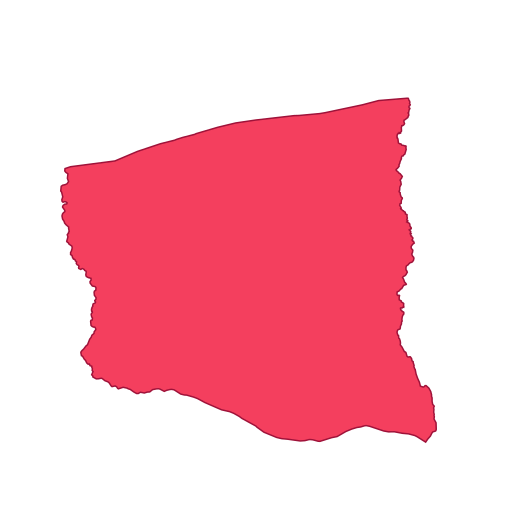 Zumbu, Tete, Mozambique, rotated 8°
{"feature_id": "85939544B34189520387166", "entity_name": "Zumbu", "entity_type": "district", "adm_level": 2, "iso_a3": "MOZ", "parent_name": "Mozambique", "parent_adm1": "Tete", "projection": "robinson", "projection_center": [31.028, -15.185], "detail": "fine", "context": "isolated", "style": "filled", "palette": "rose", "viewbox_px": 512, "rotation_deg": 8, "n_neighbors": 0, "source": "geoboundaries", "source_scale": "gbopen_adm2", "svg_char_len": 6057}
<svg xmlns="http://www.w3.org/2000/svg" viewBox="0 0 512 512"><g transform="rotate(8 256 256)"><path d="M449.9,416.7L451.6,413.3L453.8,410.0L454.7,407.2L455.4,405.7L458.2,404.3L458.5,403.5L458.6,402.5L457.5,396.1L455.2,393.0L454.9,392.1L455.0,390.4L454.5,389.3L454.5,388.0L453.7,386.0L453.5,382.9L453.0,381.8L453.4,379.9L451.6,378.3L450.6,375.4L450.1,371.9L449.3,370.4L449.2,369.1L447.9,365.9L445.6,362.8L442.5,360.7L441.5,360.8L440.5,362.2L439.8,362.5L436.9,362.0L435.4,358.3L433.1,354.7L430.9,350.5L429.4,346.1L428.8,345.6L427.7,343.4L427.8,342.4L426.5,339.7L426.3,338.7L425.1,338.1L424.3,335.8L422.9,334.4L422.5,334.3L420.7,334.9L419.5,334.3L417.9,330.7L417.4,330.3L416.3,330.1L413.2,325.8L411.2,323.9L411.2,322.1L410.7,320.2L409.7,318.1L408.8,317.5L408.2,314.8L407.4,314.6L406.3,312.0L406.3,310.9L406.6,309.6L407.2,309.0L408.7,308.3L408.9,307.4L408.8,305.4L409.5,303.1L409.3,301.1L409.8,300.1L409.3,298.5L409.3,295.9L409.7,294.0L410.3,293.4L410.4,291.8L409.9,290.9L408.5,290.6L407.8,289.5L406.8,289.2L406.3,287.6L406.6,287.2L407.9,287.2L408.4,286.3L409.4,286.3L409.4,285.4L408.9,284.0L409.0,282.8L408.5,282.2L406.3,281.2L406.1,280.3L403.9,279.4L403.5,276.6L403.7,275.3L403.2,274.9L401.8,275.3L401.2,274.8L400.9,274.1L400.8,271.9L402.5,270.8L403.9,268.6L404.8,268.1L406.3,264.5L408.7,263.3L408.8,263.0L408.0,262.1L406.8,261.2L405.4,258.5L404.1,256.9L404.8,255.8L406.2,254.8L407.1,253.6L408.1,251.0L407.3,249.6L406.5,248.9L406.1,246.7L406.3,244.9L408.1,243.3L408.4,242.5L409.7,241.1L411.0,240.6L411.8,239.9L412.6,238.2L412.7,236.2L412.2,235.2L411.3,234.6L410.2,232.9L410.0,232.1L410.5,230.7L410.5,228.4L408.8,226.9L408.3,225.4L408.7,224.1L409.6,222.5L410.9,221.2L409.9,219.4L409.0,219.4L408.3,218.4L408.9,217.1L408.8,216.2L407.7,215.3L407.3,214.6L406.7,214.6L406.5,213.6L406.1,213.4L405.6,212.5L406.4,212.1L405.7,211.4L405.8,210.1L404.2,208.9L404.8,208.6L405.3,207.5L405.9,207.4L405.8,206.5L404.3,204.9L403.8,202.9L402.9,202.1L400.6,201.3L401.5,200.1L401.3,199.7L400.2,199.2L400.6,197.4L400.1,196.2L399.8,194.0L398.1,193.5L397.8,192.2L397.3,191.6L396.3,191.4L395.7,190.7L394.8,190.6L393.8,189.6L392.8,189.3L392.6,188.9L393.1,188.5L392.9,187.8L391.2,185.8L391.4,184.1L392.4,183.7L392.2,180.5L392.9,178.8L392.7,178.0L391.6,177.4L391.0,176.3L390.2,174.6L389.9,173.1L389.0,172.7L388.7,171.9L389.1,170.9L388.8,167.7L389.8,164.8L388.9,161.9L388.1,160.8L389.3,158.7L389.8,156.8L387.2,154.4L386.0,154.1L385.7,153.5L383.1,151.8L382.7,151.1L382.7,150.8L383.9,149.5L385.2,147.3L384.9,145.5L385.4,144.5L385.6,142.3L386.5,139.4L386.2,139.0L386.4,137.4L386.7,136.7L387.8,136.4L388.2,135.3L389.2,134.4L389.9,129.6L389.4,128.0L389.4,126.7L389.0,126.1L387.9,126.3L387.1,126.0L384.8,125.9L383.9,124.8L382.7,124.9L381.3,124.2L380.3,120.5L379.8,119.6L379.2,119.4L379.3,118.6L378.9,117.8L379.1,115.8L379.6,115.3L379.8,114.7L380.6,114.8L380.7,114.1L381.1,114.4L382.0,114.2L381.9,113.6L382.7,112.0L382.0,108.3L382.3,107.4L382.2,106.7L383.5,106.2L384.2,105.4L384.7,104.3L383.7,102.3L383.8,101.8L383.7,100.9L384.6,100.3L387.1,97.7L387.3,96.2L387.7,95.7L387.5,94.0L386.7,93.2L387.2,92.6L387.3,89.9L387.9,88.7L387.7,88.2L387.0,87.9L386.7,87.2L386.8,86.1L387.4,85.7L387.7,84.7L386.8,83.6L387.0,82.6L386.6,81.3L385.8,80.5L384.9,78.7L383.8,78.7L355.8,85.0L340.3,91.5L304.4,104.5L299.3,106.1L278.9,110.9L274.2,111.7L236.8,121.4L217.3,127.1L200.1,133.9L179.6,143.2L178.5,144.0L166.9,148.8L161.2,151.5L159.4,152.6L145.8,158.1L124.1,168.9L103.1,181.5L59.9,193.4L54.7,196.0L54.8,198.4L56.0,199.6L58.3,200.8L58.4,205.3L60.0,208.4L58.8,210.8L57.3,211.8L54.7,212.8L53.4,214.1L53.6,218.8L54.6,219.8L56.4,224.3L55.9,227.3L56.3,228.8L57.4,229.6L59.2,228.7L60.8,229.1L61.6,229.7L61.3,230.8L59.4,231.3L58.1,232.6L57.6,233.7L57.7,234.6L60.2,237.3L60.5,238.2L60.5,238.7L59.3,239.9L58.5,241.4L58.3,243.3L59.3,246.3L61.3,248.6L61.8,249.9L63.4,251.4L66.5,253.4L66.5,254.4L67.6,257.8L67.0,258.6L67.2,259.7L66.6,260.2L66.1,261.2L67.1,263.2L66.5,267.8L67.1,268.5L68.4,269.1L69.1,270.2L72.2,271.8L72.8,273.2L72.8,274.7L72.4,277.2L71.9,278.2L72.2,280.4L73.7,281.1L74.7,283.4L75.5,283.9L75.7,284.5L76.7,284.5L77.5,285.1L77.7,285.9L79.1,286.7L79.1,288.5L80.2,289.6L81.5,290.0L82.1,290.8L81.9,292.2L82.2,293.0L84.4,293.7L85.6,292.6L86.6,292.8L87.8,293.3L88.3,294.1L89.8,294.7L90.1,295.4L90.1,298.4L90.8,299.9L93.1,300.8L94.3,300.7L95.0,301.2L95.7,301.1L96.1,302.7L95.2,304.4L95.5,305.9L98.1,308.5L100.9,308.7L101.6,309.2L102.0,309.9L102.1,312.2L100.9,313.2L100.7,314.4L101.4,317.4L103.4,319.5L103.5,321.2L102.5,322.5L102.6,323.0L103.4,323.7L103.5,324.3L103.3,324.8L101.4,326.1L101.2,327.6L101.4,328.3L100.7,330.0L100.8,330.8L100.5,331.4L100.8,333.2L101.0,333.6L101.5,333.6L101.8,334.6L101.0,336.0L100.9,337.0L101.8,339.2L102.7,340.2L102.7,342.1L101.5,342.7L101.3,343.7L102.3,347.7L103.4,348.5L104.8,349.0L106.3,348.9L107.2,349.9L107.6,351.2L106.3,353.5L106.3,355.3L104.5,357.3L104.1,359.4L102.9,361.5L101.5,367.3L100.1,368.8L98.3,372.1L96.9,373.8L96.1,375.2L96.0,376.1L97.0,379.0L98.2,379.4L100.6,382.4L101.6,382.9L103.2,385.4L104.8,386.5L106.1,386.2L106.9,387.7L108.7,388.0L109.0,389.3L109.6,390.2L109.7,392.2L110.7,393.1L109.8,396.5L111.1,397.5L111.3,398.5L114.9,399.9L117.1,399.5L119.7,398.6L120.7,398.7L123.7,400.5L126.8,401.2L128.3,402.1L130.5,404.7L131.6,405.4L134.6,404.3L136.2,404.9L137.4,406.3L138.2,406.7L142.7,404.5L146.8,404.8L147.9,405.3L150.0,405.6L154.0,407.7L156.9,408.8L158.5,408.6L160.5,407.0L164.5,407.2L167.3,405.9L169.7,405.4L172.2,402.7L176.0,401.4L178.2,401.0L179.5,401.2L184.0,402.8L186.3,401.4L189.3,400.2L191.1,399.8L193.5,399.9L200.7,403.2L204.4,403.6L206.7,403.4L213.9,404.4L217.9,405.3L225.7,408.2L243.3,413.1L251.6,413.8L255.9,414.9L261.8,417.2L264.7,418.8L279.5,424.4L280.8,425.4L288.4,429.4L301.7,432.8L306.9,433.3L312.9,433.0L325.5,433.0L330.2,432.0L334.1,430.4L335.4,430.2L337.8,430.1L343.4,430.8L345.2,430.6L356.1,425.4L361.5,423.5L369.4,417.3L374.8,414.1L379.7,411.8L383.5,410.7L386.9,409.1L388.7,408.6L392.2,408.8L406.8,411.5L411.6,411.7L417.5,410.8L425.7,411.2L431.8,410.9L438.3,411.7L440.9,412.6L449.9,416.7Z" fill="#f43f5e" stroke="#9f1239" stroke-width="1.5"/></g></svg>